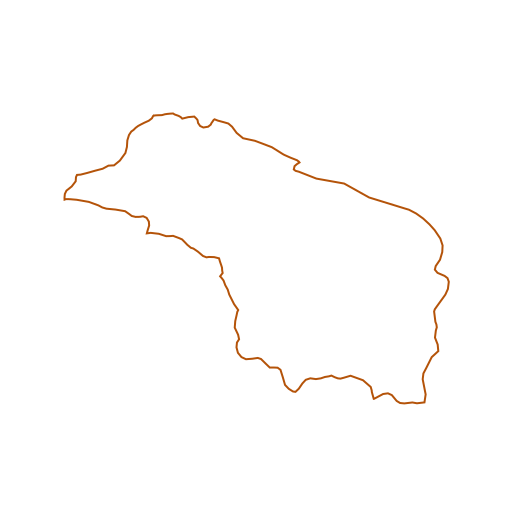 an SVG outline of Southern, rotated 285°
{"feature_id": "RWA-3491", "entity_name": "Southern", "entity_type": "Province", "adm_level": 1, "iso_a3": "RWA", "parent_name": "Rwanda", "parent_adm1": "", "projection": "robinson", "projection_center": [29.673, -2.278], "detail": "fine", "context": "isolated", "style": "outline", "palette": "amber", "viewbox_px": 512, "rotation_deg": 285, "n_neighbors": 0, "source": "natural_earth", "source_scale": "10m", "svg_char_len": 2784}
<svg xmlns="http://www.w3.org/2000/svg" viewBox="0 0 512 512"><g transform="rotate(285 256 256)"><path d="M357.6,273.8L355.3,271.7L352.8,270.0L349.4,270.1L348.5,272.2L348.5,275.6L346.4,294.3L348.8,322.4L341.8,350.1L340.4,387.6L340.3,391.7L338.5,399.7L335.5,407.7L331.5,415.3L327.2,421.9L320.6,429.5L314.5,433.5L308.0,434.9L300.0,434.7L292.8,432.2L289.1,432.3L286.7,435.7L285.6,443.3L284.2,446.7L281.0,448.9L273.8,449.9L267.7,448.9L254.3,443.8L250.8,442.5L248.5,442.4L238.9,446.3L236.5,448.0L233.9,449.1L230.6,449.0L223.5,450.0L217.5,454.4L211.3,456.7L203.8,451.9L192.1,449.5L185.9,448.1L180.1,448.9L166.2,455.7L158.2,456.6L155.4,449.6L155.0,445.0L152.0,437.4L151.3,433.2L152.4,429.4L156.8,423.2L157.5,419.0L155.6,414.5L148.6,407.0L148.5,406.7L154.6,403.1L156.2,402.5L159.2,400.7L163.7,391.5L164.8,378.3L161.0,372.1L159.4,369.3L159.0,366.7L159.3,363.4L160.0,359.8L158.6,357.5L157.0,353.9L154.6,350.3L152.6,345.7L151.9,340.1L149.3,336.1L144.9,333.8L138.9,331.7L135.0,329.3L134.7,326.8L136.2,322.0L139.0,317.4L145.8,313.3L152.4,309.1L153.7,305.8L152.8,301.7L151.8,298.2L154.5,293.3L157.8,287.5L158.0,284.1L155.8,279.0L153.7,273.0L154.6,268.1L157.8,263.6L162.7,260.8L167.5,260.0L171.2,261.2L175.3,259.1L181.3,254.0L187.8,252.8L193.4,252.6L197.2,252.4L199.2,252.8L203.9,247.2L211.9,240.1L216.2,237.4L219.8,233.9L223.9,231.0L225.7,228.7L227.1,226.6L228.8,227.3L230.9,228.2L233.2,227.1L235.9,226.2L238.1,224.8L241.5,222.5L244.2,220.9L244.1,215.9L242.9,210.8L241.9,208.5L242.3,204.8L245.2,198.7L247.0,193.6L247.1,190.9L248.2,188.6L249.0,186.8L250.6,184.2L252.9,180.3L253.4,176.9L253.7,173.8L254.0,170.7L253.1,168.2L251.9,164.1L252.3,156.4L251.1,148.3L249.6,144.7L252.9,144.7L257.8,144.9L261.5,143.6L264.5,140.5L265.2,136.7L263.8,133.7L262.6,129.6L262.5,125.6L263.7,122.7L265.4,118.0L264.5,108.3L263.0,99.3L263.1,94.9L264.1,90.7L265.0,80.5L263.9,68.2L262.7,61.5L261.8,57.8L260.9,56.5L262.9,55.9L266.5,55.3L270.1,56.0L275.5,60.0L281.5,62.5L285.6,61.7L288.0,62.1L289.2,65.5L292.5,71.4L296.8,78.6L300.6,85.3L305.1,90.1L306.8,95.4L312.9,99.8L321.7,103.2L327.9,103.1L334.4,101.8L340.0,102.0L343.9,103.3L346.1,105.1L348.7,106.6L351.1,108.5L353.1,110.6L355.8,113.6L358.9,117.4L362.0,119.8L364.6,120.4L365.4,121.0L365.3,121.5L365.9,122.7L366.9,125.9L367.7,128.6L368.4,129.8L369.3,131.3L370.3,133.6L371.3,136.3L372.2,139.0L371.7,140.6L371.6,141.2L371.5,142.6L371.3,145.0L370.7,147.3L369.6,149.2L372.6,154.6L374.7,160.3L373.2,163.0L372.1,164.4L369.5,165.6L367.1,168.4L366.5,171.9L368.5,176.3L371.2,178.3L372.6,178.5L374.5,179.2L376.5,179.9L377.3,180.6L376.9,184.1L376.9,190.8L376.8,195.0L374.7,199.4L369.9,205.4L366.4,213.0L367.0,225.1L365.2,243.1L361.3,255.8L361.2,256.3L361.0,257.0L359.9,263.9L359.1,270.9L358.7,271.8L358.3,272.9L357.6,273.8Z" fill="none" stroke="#b45309" stroke-width="2"/></g></svg>